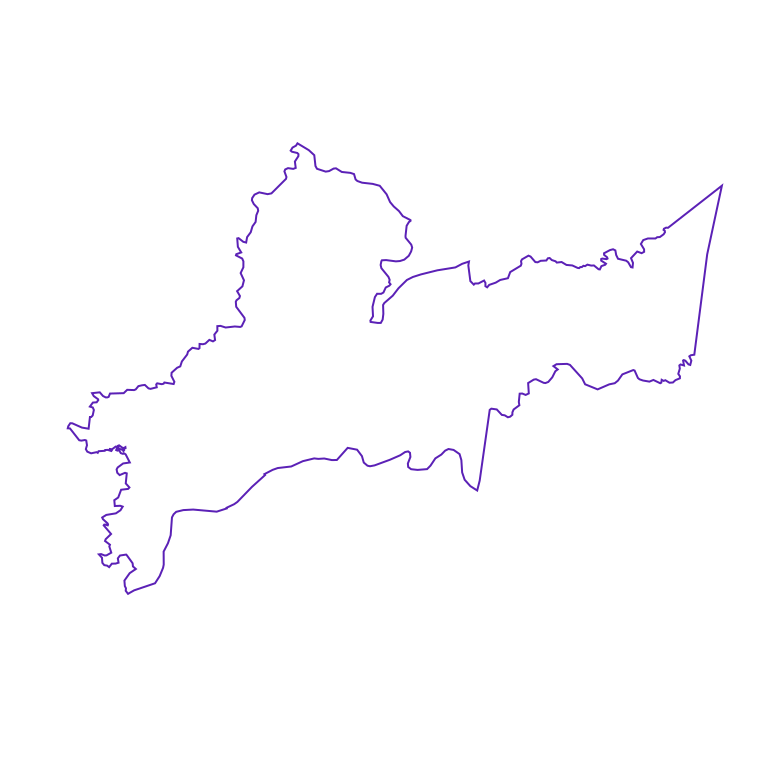 the district of Pinillos, Bolívar, Colombia, rotated 278°
{"feature_id": "7082276B11088178486316", "entity_name": "Pinillos", "entity_type": "district", "adm_level": 2, "iso_a3": "COL", "parent_name": "Colombia", "parent_adm1": "Bolívar", "projection": "natural_earth1", "projection_center": [-74.401, 8.864], "detail": "fine", "context": "isolated", "style": "outline", "palette": "violet", "viewbox_px": 768, "rotation_deg": 278, "n_neighbors": 0, "source": "geoboundaries", "source_scale": "gbopen_adm2", "svg_char_len": 6144}
<svg xmlns="http://www.w3.org/2000/svg" viewBox="0 0 768 768"><g transform="rotate(278 384 384)"><path d="M425.7,669.9L428.4,672.1L430.8,676.2L432.8,676.0L435.0,674.0L440.4,674.8L443.5,673.9L444.6,674.9L444.1,678.5L448.9,676.9L449.4,677.5L449.0,679.2L445.8,682.8L445.5,684.6L449.9,685.1L453.9,682.5L455.2,683.9L456.2,687.2L557.4,686.0L627.4,691.0L578.2,643.5L578.1,641.6L576.7,639.6L575.5,639.4L574.8,640.7L573.4,641.1L571.2,640.1L567.9,636.7L567.4,634.1L565.9,632.6L564.8,625.0L562.6,620.7L558.4,618.9L553.6,622.8L551.1,623.2L549.4,620.9L550.4,616.3L543.0,611.1L538.6,613.7L534.0,613.9L534.1,612.3L538.5,608.9L539.8,606.7L540.6,598.3L544.0,596.0L548.5,594.5L549.3,592.1L548.1,589.2L544.1,583.7L542.5,584.0L540.5,587.3L539.3,587.9L538.6,587.0L538.6,582.7L538.0,581.7L536.4,581.9L534.0,587.1L532.9,586.5L531.0,582.9L527.5,581.8L527.5,580.5L530.6,575.4L530.1,572.7L530.5,568.8L528.7,566.7L528.8,565.0L527.3,563.6L527.1,562.1L525.9,561.1L525.9,559.6L527.6,554.0L527.3,548.1L529.5,542.9L528.3,538.2L529.4,536.8L530.1,532.9L531.8,530.5L531.3,528.8L528.9,527.6L527.8,522.0L525.9,519.2L525.8,516.9L530.6,511.4L531.2,509.2L526.6,503.3L524.7,502.6L522.2,503.4L520.2,503.0L512.4,493.4L506.0,492.0L503.2,484.6L499.9,480.5L496.8,474.4L494.1,472.7L495.0,470.8L498.2,470.4L500.4,468.7L496.7,463.5L496.2,460.1L494.9,459.1L497.9,455.2L513.1,451.0L517.1,451.1L513.9,444.7L509.4,438.5L504.0,421.0L497.7,405.4L494.0,397.7L490.2,392.2L480.8,385.0L472.7,380.4L464.2,373.0L462.1,372.1L453.3,373.6L447.6,373.7L444.0,372.3L443.6,369.3L443.6,362.1L445.0,361.7L449.5,363.7L458.8,361.9L468.8,362.9L472.4,364.6L472.9,368.6L474.5,370.7L479.8,372.3L482.1,375.6L483.7,376.6L485.3,374.9L487.9,375.1L490.7,373.5L498.3,365.3L501.4,364.1L505.2,364.3L506.2,364.7L507.0,368.8L507.1,378.7L508.0,382.7L510.0,386.8L514.4,390.7L519.0,392.4L523.0,392.9L525.8,391.6L531.8,385.1L533.5,384.7L543.8,384.4L547.8,386.1L549.3,387.6L550.0,387.4L552.8,379.3L557.3,374.8L561.2,368.9L565.0,364.7L572.2,360.2L579.7,352.2L580.6,344.9L580.3,334.3L581.3,329.4L582.6,327.4L587.7,325.1L588.4,321.3L588.1,312.7L590.9,306.4L590.3,304.1L587.2,300.0L586.2,296.7L587.8,287.7L590.3,285.8L600.9,283.1L605.1,277.0L610.3,264.8L607.8,263.7L605.4,260.5L602.1,259.1L601.2,260.5L600.7,266.0L599.7,267.3L597.7,267.5L591.9,264.8L585.7,266.5L584.4,264.2L584.4,258.9L582.7,256.3L580.7,255.8L575.4,258.6L573.5,258.4L557.1,246.0L555.8,242.3L556.4,233.8L553.5,229.4L549.8,227.6L547.6,227.6L544.1,230.0L540.5,234.5L538.0,235.3L533.4,234.1L526.6,234.3L521.8,231.8L515.7,230.9L510.4,228.0L504.9,227.8L505.2,224.9L508.2,219.7L507.7,218.4L499.5,220.2L494.4,224.3L492.0,219.7L490.8,219.5L488.5,226.1L485.9,227.7L480.0,228.5L473.9,226.6L467.2,230.9L461.0,230.2L455.5,225.6L451.1,229.1L449.0,228.8L446.4,226.3L444.8,225.8L439.9,226.9L430.1,236.6L428.0,237.2L421.3,235.0L420.5,233.7L420.2,228.3L417.9,219.3L418.8,214.0L418.1,210.9L413.6,211.6L409.3,209.1L404.0,210.6L402.4,208.7L403.4,204.9L399.2,201.5L398.2,199.2L398.0,195.8L393.8,196.3L392.9,195.4L393.2,189.2L388.8,185.4L385.8,185.0L378.2,180.7L373.1,179.8L371.3,176.9L365.6,172.1L362.5,172.3L357.0,176.1L354.7,175.7L354.9,166.3L353.6,165.7L352.9,163.9L353.1,159.3L351.9,158.5L349.1,159.4L346.7,153.5L346.9,151.4L349.8,147.3L349.0,144.4L347.7,141.1L344.1,138.9L343.2,137.4L342.5,130.5L338.7,127.5L336.4,114.0L332.9,113.1L332.2,111.8L332.0,110.3L333.0,107.4L336.2,103.7L334.3,96.2L331.6,98.3L329.1,103.0L328.3,103.3L325.9,102.0L325.1,98.3L320.7,95.9L320.2,98.9L317.9,100.3L312.3,99.9L310.6,98.7L310.4,97.4L298.6,97.7L298.8,90.9L301.7,80.8L301.5,78.8L298.2,77.2L296.1,77.0L296.3,79.2L285.9,90.0L285.8,92.2L286.9,95.6L286.6,97.0L282.0,98.4L278.0,97.8L275.7,99.6L274.6,103.6L276.5,108.9L276.0,110.1L277.7,110.7L279.0,116.8L279.8,117.0L280.3,119.5L279.7,123.3L280.1,123.5L280.5,121.3L281.5,121.5L281.5,123.8L284.7,127.0L284.8,129.6L285.8,129.2L286.4,130.2L284.4,134.0L284.5,136.4L285.1,136.2L285.5,136.7L283.8,137.2L284.4,136.8L283.9,135.4L282.3,135.9L281.3,135.3L282.3,134.6L283.2,129.9L282.9,128.4L281.3,128.0L280.9,129.3L281.5,130.9L278.9,133.0L278.5,135.2L279.1,136.5L278.3,138.0L270.9,143.2L269.0,136.7L264.3,131.9L262.2,131.1L259.0,132.2L257.0,134.9L260.0,139.9L259.7,141.7L249.6,142.1L246.1,146.3L244.5,145.2L242.7,138.4L234.6,136.6L231.4,133.1L225.7,134.4L226.7,139.8L226.2,142.3L222.3,140.6L218.6,136.5L215.7,127.2L212.6,123.5L211.0,124.5L207.4,129.8L206.3,130.3L205.6,130.1L206.0,127.8L205.8,126.5L205.0,126.1L197.5,134.6L191.6,130.0L189.7,129.6L186.7,135.0L184.9,134.6L179.0,137.4L175.7,133.1L175.3,131.3L176.2,127.5L175.6,125.4L172.7,128.9L167.7,130.0L165.7,132.2L165.6,135.1L164.4,137.3L168.2,139.5L168.8,143.2L170.1,146.0L174.3,144.7L177.4,146.4L179.2,152.4L178.6,153.2L171.5,160.0L168.4,160.8L166.3,164.0L161.3,158.5L153.2,154.3L147.8,155.5L145.8,156.9L143.3,157.0L140.6,159.7L144.9,165.3L154.8,185.0L162.6,188.6L171.2,190.8L174.5,191.0L187.4,189.1L196.2,192.2L204.5,193.8L222.4,192.6L225.7,193.8L228.5,196.0L231.2,202.8L233.1,212.5L234.3,236.1L238.9,245.6L239.5,245.3L244.1,252.3L246.8,255.2L263.8,267.6L277.3,278.9L278.1,278.1L283.5,285.7L286.0,290.5L289.4,303.6L296.3,314.4L300.6,325.2L300.7,329.4L301.9,335.2L301.4,343.0L302.2,347.9L315.7,356.9L315.2,366.5L309.5,372.2L303.4,374.9L300.8,379.0L300.6,381.6L302.1,386.0L309.8,400.4L315.7,410.0L319.6,414.4L320.6,417.3L319.5,419.3L315.4,420.3L308.6,418.7L305.2,419.5L303.4,422.7L303.6,429.2L305.7,438.5L309.6,441.4L317.5,445.2L322.1,450.6L326.5,453.8L328.6,456.9L328.4,462.1L325.1,468.6L319.4,471.2L307.3,473.7L300.4,477.2L294.9,483.7L291.5,491.1L301.6,492.2L373.1,492.3L374.5,493.7L374.5,499.2L369.8,505.0L369.8,507.9L368.3,511.3L369.2,513.5L371.4,515.4L373.8,515.1L376.8,515.9L381.8,521.0L385.0,520.0L393.3,519.7L393.8,522.2L392.9,525.8L394.8,528.7L405.0,526.6L409.2,531.7L409.9,533.9L407.4,541.9L407.4,543.7L408.9,546.4L414.0,549.7L420.5,551.9L422.6,554.0L425.3,549.3L427.6,552.1L429.4,562.5L428.8,565.5L417.1,579.5L411.7,583.2L408.4,596.3L415.0,607.1L416.9,612.4L419.9,615.2L426.7,618.7L432.5,628.9L432.2,630.3L425.3,634.6L424.2,636.4L423.5,640.0L423.3,646.5L425.5,650.2L423.2,657.4L423.9,658.4L426.8,658.4L426.0,660.5L426.9,662.1L425.0,666.5L425.7,669.9Z" fill="none" stroke="#5b21b6" stroke-width="2"/></g></svg>